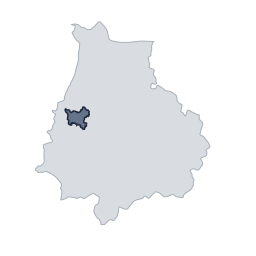 Zhytkavichy, Gomel, Belarus shown in context, rotated 100°
{"feature_id": "67162791B281573745440", "entity_name": "Zhytkavichy", "entity_type": "district", "adm_level": 2, "iso_a3": "BLR", "parent_name": "Belarus", "parent_adm1": "Gomel", "projection": "albers", "projection_center": [27.845, 52.192], "detail": "fine", "context": "in_parent", "style": "filled", "palette": "slate", "viewbox_px": 256, "rotation_deg": 100, "n_neighbors": 0, "source": "geoboundaries", "source_scale": "gbopen_adm2", "svg_char_len": 7187}
<svg xmlns="http://www.w3.org/2000/svg" viewBox="0 0 256 256"><g transform="rotate(100 128 128)"><path d="M210.4,181.8L206.4,181.7L201.6,182.1L199.0,184.1L196.0,183.3L193.9,184.5L189.3,189.9L187.6,192.8L185.9,197.2L185.0,200.4L185.6,202.6L186.6,204.7L186.9,206.9L187.4,208.7L186.3,210.0L185.6,211.9L183.6,211.6L181.0,209.9L180.4,207.4L178.4,205.7L177.1,204.8L175.0,204.7L171.7,205.6L167.3,206.4L164.0,206.6L162.3,207.6L159.6,208.5L158.6,207.5L157.0,204.6L155.8,201.8L154.9,200.5L154.2,200.2L153.3,200.3L152.3,201.2L151.6,202.1L148.8,203.3L147.6,204.3L146.3,207.0L145.4,206.8L144.5,206.2L143.4,203.3L142.0,202.6L139.7,202.6L136.8,202.0L134.5,201.1L133.6,201.3L132.3,202.6L130.8,202.7L127.5,201.6L126.8,202.1L125.0,205.4L124.1,205.6L123.6,205.2L123.9,202.3L122.0,201.3L118.8,201.1L116.5,201.5L115.4,201.4L114.8,200.8L112.1,196.0L110.7,195.7L108.1,195.9L104.2,195.3L99.8,194.1L97.4,193.7L96.2,192.6L93.5,192.2L86.2,190.0L83.3,189.5L78.9,189.4L72.2,188.7L67.9,188.8L65.9,189.4L63.6,189.7L55.7,189.9L52.8,190.3L51.9,191.3L50.9,193.4L47.4,197.1L44.1,199.4L43.5,199.6L41.7,198.2L40.2,197.6L38.4,197.4L37.1,197.7L36.2,198.3L36.1,201.3L35.9,201.5L34.7,198.0L35.0,194.8L35.9,193.0L37.0,191.5L36.7,189.0L37.8,185.9L38.0,183.5L37.7,182.5L37.0,181.3L35.0,179.9L34.1,178.8L31.5,177.3L28.8,175.5L28.4,174.4L28.6,173.7L29.1,172.7L31.4,169.7L33.9,166.8L35.4,165.7L43.3,162.2L44.5,160.9L45.0,158.6L45.1,154.0L44.9,149.7L44.4,146.8L43.3,141.2L40.0,129.6L38.4,117.7L39.9,118.5L43.4,119.0L46.3,118.3L47.7,118.3L49.0,118.6L52.8,118.1L53.7,119.2L55.3,120.3L58.6,119.1L61.6,117.5L64.6,117.9L65.0,117.1L65.9,112.9L66.9,112.0L70.4,112.6L71.8,111.9L73.2,109.9L75.4,108.7L77.1,108.8L79.0,107.4L79.9,108.4L80.3,110.1L79.6,111.5L79.9,112.0L81.1,112.7L83.3,112.8L84.7,112.3L85.1,111.5L85.1,110.1L84.8,108.7L83.9,107.5L82.2,106.9L81.0,106.8L80.8,106.1L81.3,104.5L82.4,101.7L83.8,99.1L84.6,98.2L84.8,97.3L84.7,95.7L84.7,92.9L86.0,88.9L87.7,86.0L89.8,85.1L92.3,84.6L94.0,83.2L94.9,81.6L95.6,79.1L96.4,78.6L102.6,79.0L103.5,76.5L104.1,75.8L105.3,75.0L106.1,74.1L105.8,73.4L104.2,73.0L100.6,72.5L99.8,71.6L100.1,70.6L101.1,68.0L102.1,64.6L102.6,62.0L102.7,60.5L103.3,60.0L106.2,59.6L107.2,59.1L109.8,55.5L111.8,55.0L116.8,55.9L119.1,55.9L122.0,56.1L122.2,55.8L123.3,52.2L128.2,46.6L130.8,44.6L132.5,44.1L133.1,44.2L135.7,47.2L136.3,47.3L138.1,46.1L141.1,45.9L142.5,47.0L144.6,50.6L145.6,51.1L148.6,49.0L150.2,48.2L151.3,48.3L156.9,51.0L157.3,51.9L157.4,53.0L156.6,56.3L157.8,58.4L159.2,59.7L162.0,57.4L163.1,56.7L164.2,56.6L165.8,55.7L166.9,54.4L167.9,53.9L170.0,54.2L173.7,53.8L178.1,55.6L178.5,56.2L180.8,58.5L181.6,59.7L182.3,60.0L183.5,61.1L185.1,61.8L186.1,61.5L186.7,61.9L187.2,62.8L187.3,64.3L187.3,68.7L185.9,71.1L185.7,71.9L185.8,72.9L187.1,74.8L188.9,77.7L189.3,79.4L189.4,80.6L187.3,84.5L186.6,85.4L186.2,87.3L186.0,89.2L186.2,90.0L190.0,92.9L192.8,94.4L193.5,95.2L193.6,95.7L192.3,99.0L192.1,99.9L194.4,101.1L195.7,103.2L197.0,106.6L199.3,109.8L207.4,114.2L208.1,115.0L208.4,116.0L208.3,118.3L207.1,122.7L208.5,123.3L212.0,122.9L216.2,123.2L221.5,125.9L221.6,127.3L221.2,128.6L221.6,129.9L222.2,130.9L226.9,134.1L227.4,135.0L227.6,136.7L227.6,137.9L226.3,138.2L225.0,138.9L222.9,140.5L222.1,142.6L218.6,145.7L216.5,147.1L214.7,147.3L210.4,146.9L208.8,145.6L208.1,144.4L206.4,143.9L204.2,143.9L201.2,144.3L200.7,144.7L200.2,146.3L199.1,149.1L198.2,150.7L202.3,155.8L204.4,157.9L205.1,159.2L205.1,160.2L204.2,161.4L204.5,163.6L206.5,166.5L205.9,167.1L205.9,170.7L206.1,174.7L206.7,175.6L207.7,176.3L208.7,177.7L210.3,180.9L210.4,181.8Z" fill="#d9dde1" stroke="#a8b0b8" stroke-width="1"/><path d="M134.2,187.4L134.3,187.2L134.5,186.8L134.6,186.6L134.7,186.3L134.8,186.0L134.9,185.7L135.0,185.3L135.1,185.1L135.1,184.7L134.9,184.3L134.7,184.1L134.4,184.3L134.3,184.5L134.0,184.5L133.7,184.5L133.4,184.7L133.1,184.8L133.0,184.6L132.8,184.4L132.6,184.2L132.7,183.8L133.0,183.7L133.3,183.7L133.2,183.4L132.8,183.4L132.5,183.4L132.4,183.3L132.4,183.1L132.3,182.7L132.2,182.5L132.3,182.2L132.5,182.2L132.6,182.4L132.8,182.4L132.9,182.2L132.8,181.7L132.7,181.3L132.6,181.0L132.5,180.7L132.8,180.5L133.0,180.4L132.8,180.2L132.8,179.9L133.0,179.5L133.0,179.2L133.0,178.9L133.2,178.7L133.4,178.7L133.8,178.8L134.1,178.8L134.0,178.7L133.7,178.4L133.6,178.2L133.6,177.9L133.6,177.6L133.4,177.1L133.4,176.6L133.4,176.2L133.4,175.9L133.7,175.5L133.9,175.2L134.0,175.0L134.4,175.1L134.6,175.2L134.9,175.2L135.1,175.0L135.1,174.9L135.4,174.7L135.6,174.5L135.6,174.1L135.7,173.8L135.8,173.6L135.9,173.4L136.0,173.1L136.2,172.9L136.4,172.7L136.6,172.6L136.8,172.5L137.0,172.3L137.0,172.2L136.9,171.8L136.8,171.6L136.8,171.4L136.8,171.1L136.8,170.7L136.7,170.6L136.4,170.7L136.1,170.7L135.7,170.9L135.4,171.0L135.2,170.7L134.8,170.3L134.7,170.3L134.3,170.4L133.9,170.6L133.7,170.5L133.7,170.2L133.6,169.8L133.6,169.5L133.3,169.3L133.0,169.4L132.7,169.4L132.3,169.5L132.0,169.6L131.5,169.6L131.2,169.6L130.9,169.6L130.5,169.6L130.4,169.9L130.4,170.1L130.5,170.2L130.6,170.4L130.6,170.8L130.6,171.0L130.4,171.2L130.2,171.6L130.2,171.8L130.3,172.1L130.1,172.4L129.9,172.6L129.6,172.7L129.1,172.8L128.6,172.8L128.1,172.7L127.6,172.6L127.3,172.5L126.8,172.5L126.1,172.5L125.5,172.6L125.1,172.4L125.1,172.1L125.1,171.9L124.8,171.7L124.7,171.5L124.6,171.3L124.5,170.9L124.3,170.8L123.9,170.6L123.7,170.7L123.4,170.7L123.2,170.6L123.3,170.2L123.2,169.9L123.1,169.7L123.4,169.2L123.0,168.8L122.7,168.7L122.4,168.8L122.1,168.9L121.9,168.7L121.6,168.5L121.4,168.6L121.3,168.8L121.2,168.9L120.8,169.1L120.6,169.1L120.1,168.9L119.9,168.9L119.8,169.0L119.5,169.3L119.4,169.4L119.0,169.2L118.7,169.1L118.5,169.3L118.3,169.4L118.1,169.6L118.0,169.8L117.9,170.1L117.7,170.2L117.4,170.3L117.3,170.7L117.3,170.9L117.5,171.3L117.6,171.7L117.6,172.0L117.3,172.5L116.9,172.7L116.6,172.9L116.4,173.0L116.3,173.3L116.1,173.5L116.0,173.8L115.6,173.9L115.6,174.0L115.3,174.3L115.2,174.6L115.1,174.9L115.3,175.1L115.4,175.4L115.4,175.7L115.2,175.9L115.3,176.1L115.6,176.2L116.5,176.2L117.3,176.2L117.7,176.3L117.7,176.6L117.9,176.8L118.1,176.9L118.3,177.0L118.3,177.5L118.7,177.5L119.4,177.5L119.6,177.5L120.0,177.9L120.2,178.2L120.4,178.2L120.6,178.2L120.8,178.5L121.0,178.9L121.2,179.1L121.3,179.8L121.5,180.0L121.6,180.3L121.4,180.4L121.1,180.7L120.9,181.1L121.2,181.5L121.1,181.8L120.9,182.2L120.7,182.7L120.7,182.8L120.7,183.2L120.7,183.9L120.7,184.3L120.7,184.9L121.0,185.2L121.3,185.2L121.5,185.2L121.7,185.5L121.7,185.8L121.9,186.0L122.2,186.0L122.4,186.2L122.6,186.6L122.6,187.1L122.2,187.6L121.8,187.9L121.4,188.1L120.9,188.5L120.7,188.7L120.5,189.1L120.5,189.6L120.6,190.0L120.8,190.5L120.7,191.1L120.6,191.6L120.4,192.0L120.0,192.5L120.3,192.6L120.6,193.1L121.3,193.0L121.6,192.8L122.1,192.6L122.6,192.3L123.0,192.0L123.2,191.8L123.3,191.5L123.3,191.2L123.5,190.9L123.7,190.7L123.9,190.6L124.2,190.5L124.4,190.3L124.5,190.0L124.6,189.8L124.8,189.6L125.0,189.5L125.3,189.4L125.7,189.4L126.3,189.4L127.2,189.3L127.8,189.3L128.5,189.2L129.1,189.2L129.4,189.2L129.8,189.2L130.0,189.1L130.2,188.8L130.3,188.5L130.3,188.2L130.6,187.8L130.9,187.7L131.3,187.5L131.6,187.6L132.0,187.6L132.3,187.6L132.6,187.6L132.8,187.5L133.0,187.4L133.3,187.4L133.6,187.4L133.8,187.4L134.1,187.4L134.2,187.4Z" fill="#64748b" stroke="#1e293b" stroke-width="1.5"/></g></svg>